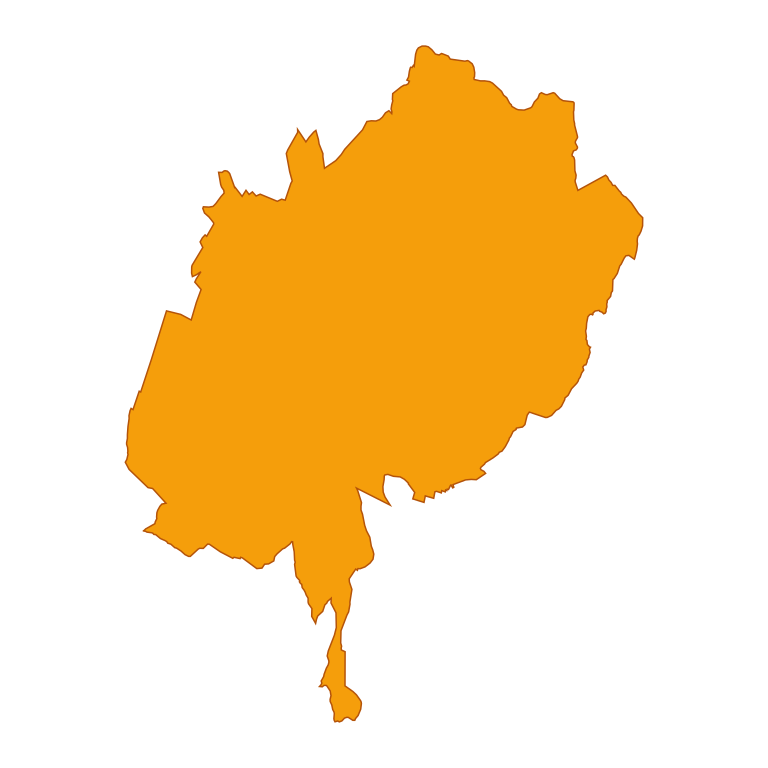 outline of Tlacotepec de Benito Juárez, Puebla, Mexico
{"feature_id": "50627088B64000676175111", "entity_name": "Tlacotepec de Benito Juárez", "entity_type": "district", "adm_level": 2, "iso_a3": "MEX", "parent_name": "Mexico", "parent_adm1": "Puebla", "projection": "equal_earth", "projection_center": [-97.63, 18.634], "detail": "fine", "context": "isolated", "style": "filled", "palette": "amber", "viewbox_px": 768, "rotation_deg": 0, "n_neighbors": 0, "source": "geoboundaries", "source_scale": "gbopen_adm2", "svg_char_len": 6080}
<svg xmlns="http://www.w3.org/2000/svg" viewBox="0 0 768 768"><path d="M354.8,720.3L355.5,718.6L358.1,715.5L360.7,709.2L361.4,703.6L361.2,702.1L360.6,700.7L356.5,694.9L352.9,691.5L345.0,685.9L345.1,651.7L341.4,650.0L341.2,648.2L341.6,646.2L340.7,643.0L341.0,630.7L346.9,615.2L348.6,611.9L350.0,604.2L349.9,602.1L351.9,589.4L349.4,582.0L349.2,578.8L355.7,569.1L357.4,570.3L357.9,568.6L360.1,568.7L365.0,566.9L370.1,563.0L373.0,559.2L373.8,554.1L372.7,549.8L371.3,546.2L369.8,537.2L366.5,530.8L364.7,525.4L362.5,514.2L361.0,510.0L361.0,506.1L361.5,502.7L357.7,490.6L356.5,488.1L390.1,505.1L385.0,497.0L383.2,492.1L382.9,486.6L384.1,479.7L384.3,475.9L384.9,474.9L387.9,474.4L393.4,476.3L400.2,476.9L404.4,479.3L408.4,483.1L408.3,483.8L414.7,492.4L412.8,498.9L424.0,502.4L425.3,495.9L433.7,498.3L434.9,491.8L436.4,491.3L441.3,492.9L441.8,490.6L445.2,491.9L445.6,490.0L446.8,490.6L447.2,489.2L448.5,489.5L450.6,485.2L451.0,485.0L452.7,487.9L453.8,487.3L453.0,484.6L465.6,479.9L471.3,479.4L476.3,479.7L485.6,473.4L483.9,471.3L480.9,469.7L480.4,468.5L480.8,467.4L484.6,464.0L485.4,462.6L493.0,457.9L498.4,453.8L499.2,452.3L502.0,451.1L505.3,446.6L508.8,440.1L509.5,437.8L510.5,436.8L513.1,431.4L516.1,429.5L516.2,428.4L516.9,428.0L522.5,427.0L524.9,424.6L527.2,415.2L529.3,412.1L545.5,417.5L547.3,417.4L551.6,415.4L556.1,410.3L558.8,408.9L561.4,406.3L564.7,399.7L564.9,398.0L568.1,395.3L571.6,388.7L576.8,383.2L578.1,381.2L578.8,379.1L580.2,377.1L581.7,372.9L583.7,370.1L582.8,367.0L584.3,365.1L585.9,364.8L587.1,361.8L587.2,360.1L588.8,357.3L588.9,356.0L590.1,352.5L589.4,349.1L590.5,347.2L589.4,346.8L587.4,344.5L586.9,340.5L586.0,339.5L586.4,336.3L585.6,330.9L586.3,328.3L586.6,323.3L587.9,316.7L589.8,314.5L591.4,314.2L592.5,314.9L592.9,314.6L593.0,313.0L595.2,311.0L599.1,310.4L599.7,311.3L601.9,312.1L603.7,313.8L605.4,313.0L606.1,311.3L606.0,309.8L606.9,306.9L606.7,303.8L607.2,302.4L607.2,300.5L610.6,296.4L611.3,292.6L612.5,290.9L612.9,279.5L614.0,278.6L617.3,273.5L619.8,265.8L621.1,264.3L624.2,258.1L625.9,255.8L628.9,255.4L634.3,259.2L634.8,258.0L636.7,250.3L637.5,243.9L637.2,241.4L637.4,238.4L638.1,236.0L639.2,234.9L641.0,231.2L642.6,225.9L642.7,217.7L638.5,213.5L631.4,203.0L625.9,197.1L623.7,196.1L621.5,194.0L620.8,192.4L619.2,190.9L614.9,185.4L612.7,185.4L611.1,182.4L608.8,179.9L607.5,177.0L605.6,175.2L577.9,190.4L575.2,181.9L575.1,180.3L575.8,178.2L576.1,175.1L574.9,170.8L574.6,160.0L574.0,157.7L573.4,156.7L572.4,156.3L572.0,154.7L573.5,150.9L576.3,149.8L577.4,148.1L577.5,147.1L575.3,142.9L575.5,141.1L577.5,137.6L577.5,136.5L574.6,125.1L574.6,123.6L573.8,120.0L573.5,111.8L573.9,110.2L574.1,103.5L573.9,102.5L572.9,101.8L563.1,100.7L559.8,98.8L554.7,93.2L553.2,92.7L547.2,94.7L545.3,94.5L541.4,92.7L539.5,94.0L537.9,98.2L534.4,101.9L532.0,106.7L530.7,107.8L524.2,110.1L518.5,109.8L516.6,109.2L511.8,106.4L511.3,104.8L509.6,103.2L506.7,97.7L503.6,95.2L501.5,91.3L492.5,83.1L489.7,81.6L484.8,80.9L480.5,80.9L474.2,79.5L473.9,77.8L474.5,76.8L474.7,72.7L473.8,67.2L472.2,63.8L468.6,61.0L467.4,60.6L465.0,61.2L450.2,59.1L448.3,56.1L443.0,54.0L441.5,53.5L439.1,55.0L435.4,54.1L431.8,49.7L428.3,46.8L425.7,46.1L422.0,46.1L418.4,47.9L416.8,50.2L415.6,54.2L414.2,66.3L413.4,65.4L412.1,67.5L410.7,67.2L410.3,67.8L409.4,71.1L408.5,77.1L406.9,80.1L409.4,81.2L408.1,83.8L406.0,85.0L404.0,85.2L401.1,86.9L392.7,93.6L392.4,99.4L392.8,100.8L391.7,104.9L391.1,108.9L391.9,111.9L391.7,113.6L388.9,110.7L385.5,112.8L382.4,117.2L379.6,119.6L376.0,121.0L371.3,120.8L366.9,121.5L362.5,129.9L344.8,149.2L341.3,154.5L335.8,160.6L324.5,168.3L322.9,156.7L322.9,153.6L319.1,144.0L318.4,139.5L315.9,130.4L313.7,132.1L309.3,137.1L305.9,141.9L297.6,129.5L297.7,132.3L287.8,149.8L286.3,153.5L289.7,171.8L292.2,181.0L290.9,183.3L285.2,200.2L281.6,199.2L277.3,201.3L260.2,194.2L256.1,196.0L252.4,191.9L249.1,194.5L246.0,190.3L242.1,196.4L235.1,187.3L234.7,187.6L229.7,173.6L228.6,172.3L227.2,171.1L225.0,170.7L223.7,171.1L222.2,172.4L218.6,172.3L220.7,184.6L221.6,187.1L223.8,190.3L224.1,193.1L220.9,196.7L215.9,203.5L213.1,206.4L209.0,207.1L203.4,206.8L202.8,208.4L204.5,213.0L209.0,217.0L213.6,222.8L213.7,224.1L206.7,236.3L205.1,234.9L202.4,237.8L200.1,241.9L202.8,247.5L192.1,265.3L191.7,267.0L191.6,273.1L192.4,276.6L196.3,274.8L200.9,271.7L196.3,278.9L194.8,282.1L201.1,289.5L196.4,302.3L191.2,320.0L180.7,314.4L166.5,310.9L151.4,359.4L140.7,392.0L139.2,391.2L133.0,409.6L131.1,408.4L130.1,410.6L129.0,415.6L129.1,418.6L128.0,426.4L127.4,434.8L127.4,438.5L126.6,442.7L126.6,444.3L127.6,447.5L127.9,451.3L127.6,452.8L128.0,454.4L126.8,459.5L125.3,462.2L129.1,469.4L148.0,487.6L152.6,488.5L166.0,503.2L161.8,504.1L159.9,506.3L157.7,510.3L156.9,512.8L156.6,517.1L156.8,518.6L155.2,522.0L154.9,523.7L145.8,528.8L143.7,530.8L142.8,530.8L145.5,531.3L146.9,532.1L151.8,532.8L152.8,533.2L153.8,534.4L155.7,534.6L160.5,538.6L165.3,540.7L166.8,541.7L167.8,543.2L170.9,544.2L174.8,547.7L176.5,548.1L181.0,551.0L185.0,554.6L188.6,556.4L190.3,556.4L198.3,549.0L199.7,548.3L203.3,548.4L207.6,544.1L209.3,544.2L220.3,551.8L232.8,558.3L234.0,557.3L240.1,558.6L240.7,557.3L242.4,557.9L256.8,568.6L262.0,568.1L264.6,564.2L268.6,563.9L273.8,560.9L274.7,556.6L277.1,553.8L282.6,548.9L284.7,548.1L290.0,543.9L291.7,541.6L292.6,541.8L292.8,544.4L294.2,551.7L294.6,560.1L295.2,562.1L294.6,564.4L296.1,576.0L296.8,577.3L299.6,580.4L299.8,581.2L299.4,581.8L300.5,583.5L301.7,584.3L302.2,587.6L304.0,590.0L305.2,592.2L306.2,595.0L308.1,598.2L308.1,602.1L308.5,603.7L311.9,608.6L311.7,616.4L315.6,623.4L316.5,619.3L317.7,616.0L322.7,611.4L324.9,604.8L326.7,603.2L327.5,601.4L331.2,598.2L331.0,603.0L336.0,612.8L336.3,627.6L334.4,635.2L328.3,650.9L327.2,656.0L328.8,660.7L328.9,662.2L328.2,664.9L326.4,668.1L324.1,674.3L323.7,676.5L321.2,681.0L321.8,683.1L321.1,684.7L319.5,686.5L322.3,686.8L324.0,685.4L326.2,685.4L327.0,686.1L330.2,691.0L331.0,695.7L330.1,699.4L330.2,701.5L331.8,705.0L332.7,709.5L334.0,712.0L334.3,713.6L333.9,718.7L334.2,720.3L335.0,721.8L337.7,721.0L339.3,721.9L341.9,720.9L344.5,718.1L346.9,717.3L348.3,717.4L352.8,720.3L354.8,720.3Z" fill="#f59e0b" stroke="#b45309" stroke-width="1.5"/></svg>